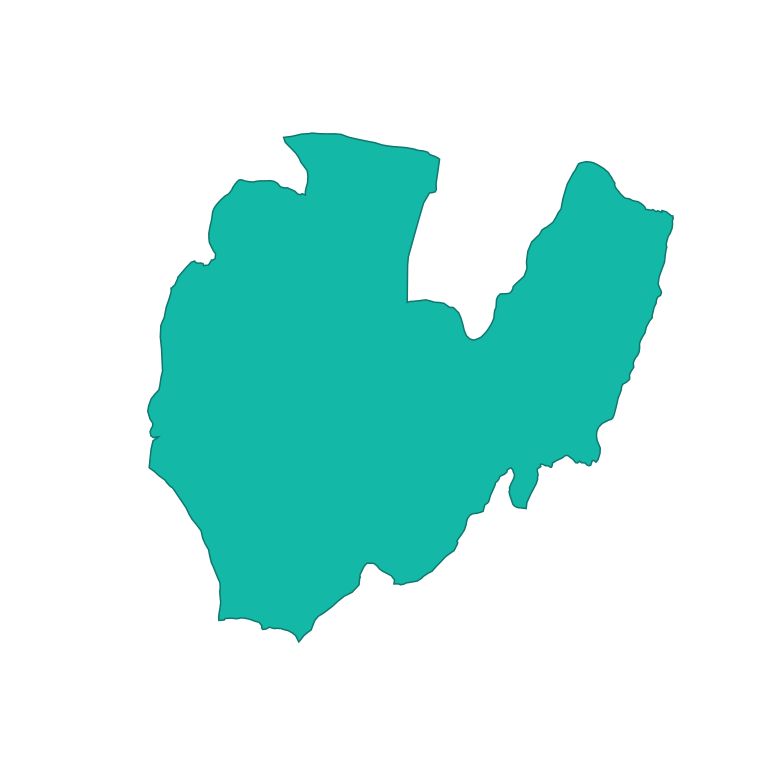 Kasulu Township Authority, Kigoma, United Republic of Tanzania, rotated 199°
{"feature_id": "72390352B60593007856017", "entity_name": "Kasulu Township Authority", "entity_type": "district", "adm_level": 2, "iso_a3": "TZA", "parent_name": "United Republic of Tanzania", "parent_adm1": "Kigoma", "projection": "robinson", "projection_center": [30.062, -4.582], "detail": "fine", "context": "isolated", "style": "filled", "palette": "teal", "viewbox_px": 768, "rotation_deg": 199, "n_neighbors": 0, "source": "geoboundaries", "source_scale": "gbopen_adm2", "svg_char_len": 6099}
<svg xmlns="http://www.w3.org/2000/svg" viewBox="0 0 768 768"><g transform="rotate(199 384 384)"><path d="M165.6,636.9L167.1,636.6L171.2,638.1L173.0,638.7L176.9,638.6L177.7,638.5L177.3,636.7L179.4,636.8L181.6,637.0L182.8,635.5L184.8,636.0L186.6,636.5L187.9,635.2L191.0,634.9L193.5,634.3L194.9,636.2L197.6,637.6L199.9,638.4L203.1,639.1L205.8,638.7L208.6,638.4L211.9,639.0L214.5,638.6L216.8,638.2L222.1,640.6L224.5,642.3L227.9,644.3L230.4,646.6L231.2,649.2L233.8,651.1L235.7,653.1L238.8,655.3L240.5,656.9L246.5,659.3L253.7,660.9L257.7,661.3L260.8,661.1L265.1,660.1L269.9,657.2L271.7,655.6L272.2,653.2L272.7,648.7L273.7,645.5L275.8,632.8L275.5,624.3L275.1,617.3L273.6,607.0L275.0,602.7L275.6,597.9L276.8,592.1L278.8,588.9L281.0,585.6L282.7,583.8L284.8,581.0L285.7,575.8L287.6,572.4L289.0,569.4L290.6,566.4L291.2,556.2L289.0,545.7L286.4,539.9L286.6,531.5L289.3,526.5L291.9,521.8L293.6,517.9L293.1,516.0L293.8,512.6L295.1,510.5L298.3,509.0L301.1,507.9L303.3,507.1L304.9,503.8L305.1,500.4L303.0,492.9L303.3,489.6L302.5,485.7L301.5,481.9L301.8,477.7L302.3,474.1L303.5,469.3L304.2,467.0L305.4,464.0L307.4,459.9L310.8,456.6L313.7,454.6L317.8,454.6L321.8,456.5L325.4,460.5L329.2,466.5L332.7,471.4L336.5,475.6L343.3,478.9L347.2,477.9L353.5,479.8L358.5,479.0L362.5,477.8L366.7,477.6L371.8,477.2L378.5,473.9L382.2,472.2L384.1,471.3L386.3,470.5L388.6,468.7L400.3,503.8L402.4,512.2L403.8,535.0L404.5,547.8L404.8,553.1L405.5,568.0L403.2,579.6L401.2,580.3L398.1,582.4L397.8,584.8L400.0,590.4L404.6,614.6L406.7,615.3L410.6,615.8L415.3,615.8L418.3,617.4L423.1,617.1L427.9,616.0L432.3,615.9L440.3,614.6L445.2,613.4L451.6,611.7L457.0,610.5L463.5,609.4L471.1,609.2L478.7,608.1L489.4,606.7L496.9,605.9L506.1,606.0L510.9,604.8L520.9,601.4L527.0,599.5L533.8,597.8L536.9,596.1L543.4,593.4L552.0,588.0L559.2,584.5L556.0,580.4L552.2,578.4L546.9,575.8L542.2,573.3L538.2,570.3L534.8,566.7L526.1,560.7L523.5,555.5L521.8,549.3L521.5,543.8L521.0,540.2L519.9,537.2L523.4,537.3L524.5,535.9L527.1,535.4L531.1,537.3L535.6,537.7L539.1,538.1L541.8,537.0L546.1,536.7L549.9,539.0L553.8,539.8L557.8,539.2L561.6,537.7L567.5,535.6L570.7,534.1L573.6,532.3L577.9,531.3L581.4,530.7L585.1,530.7L587.4,529.8L588.8,527.4L590.0,524.0L591.1,519.9L591.0,518.4L592.7,513.3L595.6,509.8L598.2,505.1L600.3,500.2L601.7,495.8L602.1,491.2L601.0,485.8L600.4,482.7L599.9,477.0L598.7,469.5L596.9,464.5L595.1,460.8L591.9,457.5L588.3,454.1L585.6,452.3L584.5,447.6L586.0,445.5L587.4,445.2L588.1,441.7L588.7,439.3L590.9,438.3L592.9,437.3L594.3,438.9L596.9,438.7L599.4,437.6L601.5,437.6L603.1,438.6L605.8,436.5L608.8,430.1L612.0,422.1L613.6,418.0L613.4,416.2L613.9,410.6L613.7,410.1L615.5,407.0L615.3,406.3L616.6,405.3L615.2,401.7L614.9,394.7L614.9,385.5L613.4,375.3L613.9,370.3L614.0,366.5L610.8,355.6L605.7,344.6L597.6,324.2L597.0,317.9L595.3,308.9L594.9,305.3L597.4,299.5L599.3,294.2L599.4,286.8L598.5,281.3L593.9,274.8L589.9,271.6L589.0,268.8L589.6,266.1L589.7,262.8L587.5,259.1L584.3,258.2L581.8,259.9L579.9,260.6L583.9,255.1L583.0,246.4L578.8,228.4L572.6,226.5L567.1,224.1L559.9,221.9L556.9,219.8L552.8,217.6L550.5,217.2L547.9,215.4L530.7,202.4L525.9,197.4L521.3,193.5L515.0,189.7L509.2,185.7L505.2,179.2L500.7,174.3L495.9,170.2L493.2,165.4L489.1,158.9L485.7,155.4L478.5,147.1L474.4,142.7L472.6,138.2L471.7,134.3L469.9,130.0L468.7,127.4L467.3,124.3L466.1,118.9L465.4,114.3L464.6,110.2L463.2,106.7L462.7,106.9L458.3,108.8L457.6,110.7L452.7,112.7L448.9,113.6L446.6,114.2L442.8,116.4L439.2,117.3L434.6,117.8L429.0,117.7L424.6,118.0L420.9,115.7L420.1,113.4L418.9,112.4L415.8,113.9L414.1,115.6L413.5,116.7L408.2,117.0L405.5,118.2L401.9,119.2L398.9,119.2L394.2,119.6L390.0,118.9L385.7,117.4L380.6,112.4L379.5,115.1L378.0,119.7L375.6,123.8L372.8,127.8L372.7,134.1L372.3,138.5L370.5,143.0L366.7,147.6L361.0,156.1L356.6,164.0L352.5,170.5L346.3,176.8L342.2,186.0L343.7,192.2L343.5,193.7L344.1,193.8L344.6,195.8L343.5,205.0L341.8,209.0L335.6,211.0L334.3,210.8L330.9,209.6L328.2,207.7L324.3,206.5L320.6,206.0L314.6,205.1L310.1,202.0L309.6,198.2L309.3,198.3L305.5,199.6L302.8,199.6L300.0,201.3L298.0,203.3L295.1,204.8L292.0,206.5L288.6,208.4L285.6,212.0L283.8,215.4L280.5,219.7L277.6,222.6L275.5,227.8L272.3,234.7L269.6,240.7L267.3,244.1L265.0,247.3L263.5,249.2L262.6,256.0L262.6,258.1L263.9,258.9L263.4,261.7L261.9,266.4L260.5,272.0L260.5,275.0L260.6,278.2L261.2,281.2L261.2,284.2L260.1,287.8L257.8,290.3L254.1,292.0L250.7,294.3L248.8,295.9L249.1,299.2L249.3,302.7L247.4,305.0L246.7,307.1L247.1,312.9L246.4,320.5L246.1,324.1L246.4,327.0L245.0,329.4L244.4,331.7L244.3,334.5L240.7,337.9L239.2,340.5L239.4,343.3L236.8,346.1L234.4,344.8L232.9,342.7L231.0,340.6L230.6,337.3L231.4,330.9L231.6,326.5L230.6,325.0L230.7,322.9L228.7,319.6L225.5,315.5L223.0,312.2L220.4,310.9L217.0,310.7L213.6,311.6L209.0,312.5L210.3,318.4L209.4,328.1L208.6,333.0L207.6,339.5L207.8,344.4L208.6,345.8L208.6,348.0L211.1,352.4L211.4,353.5L210.2,355.2L208.8,356.9L210.0,358.5L209.6,359.5L207.1,359.7L204.8,359.3L201.8,360.2L199.8,359.5L198.6,359.8L198.4,361.6L199.0,364.2L197.5,365.8L195.9,367.9L193.3,370.2L191.1,372.5L189.6,375.1L187.0,376.3L183.6,375.1L180.8,374.3L178.3,372.7L176.9,372.0L175.2,372.4L174.0,374.7L171.8,373.8L168.3,374.8L165.8,373.6L163.6,373.4L162.1,374.6L162.1,377.8L162.2,379.3L160.7,380.0L158.1,379.1L157.0,382.1L157.2,388.8L158.7,393.9L163.9,399.7L166.2,404.0L167.1,407.4L167.2,407.6L167.3,408.4L167.0,413.1L164.8,417.8L161.7,421.0L159.7,423.1L157.7,424.5L156.7,426.1L156.4,429.6L157.0,437.8L158.0,446.4L157.7,455.1L158.5,459.4L158.0,461.7L155.3,464.7L153.3,468.4L154.1,470.8L154.9,472.6L154.5,476.3L153.3,481.2L155.0,484.6L155.2,487.9L154.6,490.8L153.6,493.5L153.2,497.1L153.9,501.0L155.5,505.2L155.6,508.3L155.0,512.4L153.9,517.2L154.5,523.2L153.5,529.8L151.9,534.2L152.7,535.5L153.2,540.9L153.6,544.3L153.0,548.8L153.6,551.4L153.7,554.0L153.1,555.9L151.4,557.8L151.4,560.7L152.5,562.4L154.6,564.5L157.4,567.8L158.7,574.9L158.7,580.4L158.4,590.2L160.3,598.6L161.0,602.8L161.1,605.3L162.5,607.5L163.0,610.1L163.2,613.7L163.4,616.1L162.5,619.5L162.3,625.0L163.2,629.0L164.4,632.1L164.5,635.1L165.6,636.7L165.6,636.9Z" fill="#14b8a6" stroke="#0f766e" stroke-width="1.5"/></g></svg>